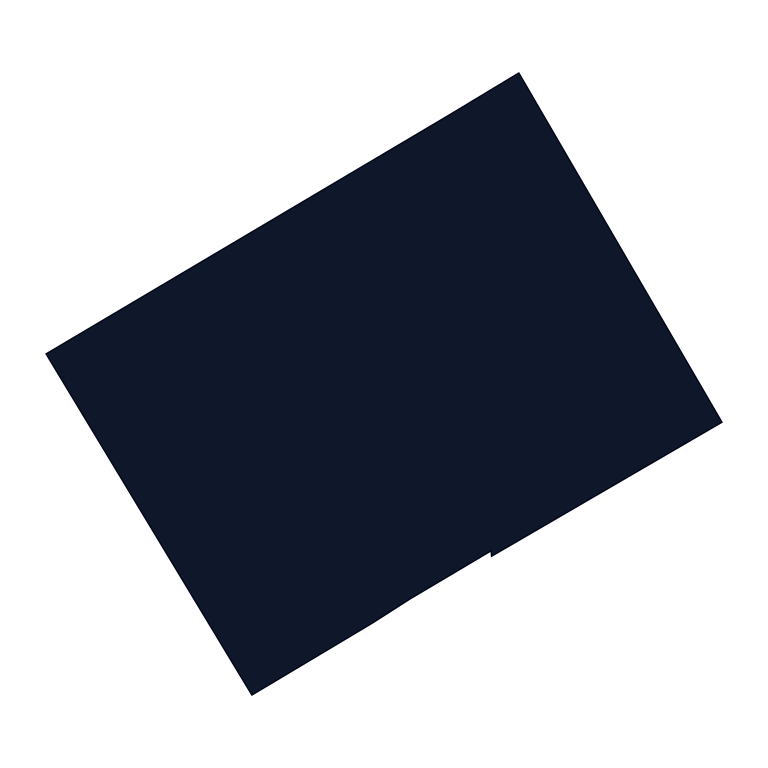 the district of Falls, Texas, United States of America
{"feature_id": "52423323B55743875979164", "entity_name": "Falls", "entity_type": "district", "adm_level": 2, "iso_a3": "USA", "parent_name": "United States of America", "parent_adm1": "Texas", "projection": "orthographic", "projection_center": [-96.941, 31.254], "detail": "fine", "context": "isolated", "style": "filled", "palette": "ink", "viewbox_px": 768, "rotation_deg": 0, "n_neighbors": 0, "source": "geoboundaries", "source_scale": "gbopen_adm2", "svg_char_len": 249}
<svg xmlns="http://www.w3.org/2000/svg" viewBox="0 0 768 768"><path d="M46.1,353.9L251.9,695.0L372.6,622.9L409.7,599.1L491.1,550.8L491.6,556.2L721.9,422.2L518.8,73.0L450.4,114.3L46.1,353.9Z" fill="#0f172a" stroke="#020617" stroke-width="1.5"/></svg>